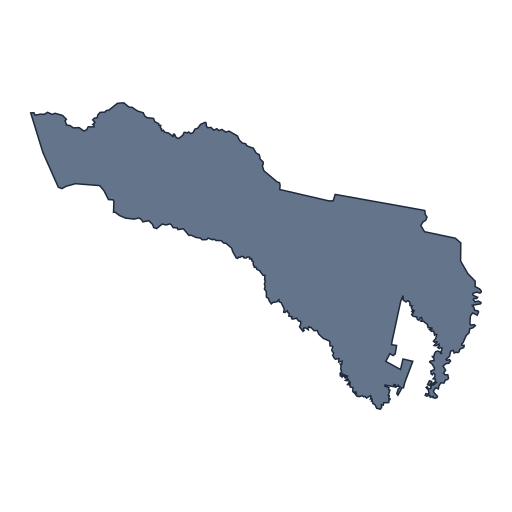 outline of Lules, Tucumán, Argentina
{"feature_id": "61730980B17356077685479", "entity_name": "Lules", "entity_type": "district", "adm_level": 2, "iso_a3": "ARG", "parent_name": "Argentina", "parent_adm1": "Tucumán", "projection": "mercator", "projection_center": [-65.336, -26.881], "detail": "fine", "context": "isolated", "style": "filled", "palette": "slate", "viewbox_px": 512, "rotation_deg": 0, "n_neighbors": 0, "source": "geoboundaries", "source_scale": "gbopen_adm2", "svg_char_len": 6100}
<svg xmlns="http://www.w3.org/2000/svg" viewBox="0 0 512 512"><path d="M108.5,199.6L113.0,199.8L113.9,201.3L113.5,212.3L115.0,212.1L119.3,215.4L125.4,218.1L134.1,219.1L139.0,218.0L141.5,219.6L142.8,221.9L148.8,220.7L152.7,224.6L153.6,227.5L156.7,228.6L162.2,224.0L165.9,225.0L169.8,223.9L171.2,224.6L173.2,227.7L177.0,227.8L177.9,229.6L183.4,228.8L188.9,235.4L191.5,235.3L195.8,237.4L200.3,238.1L202.3,239.8L206.7,239.6L208.1,238.1L212.5,239.8L214.0,239.1L216.0,240.5L221.3,240.6L223.5,243.0L226.2,243.4L231.7,248.2L232.6,251.4L236.3,258.0L237.7,258.4L238.4,257.2L240.2,257.4L241.2,256.4L243.4,256.6L244.0,257.9L246.3,258.0L247.4,256.9L249.6,257.2L249.6,259.0L251.6,258.7L251.8,260.8L253.4,262.0L253.1,263.7L253.5,265.5L254.4,266.1L254.2,267.2L256.2,267.5L256.8,269.3L259.5,270.6L263.1,275.4L265.0,275.4L264.6,279.8L265.3,281.3L264.4,283.9L265.1,286.5L264.4,289.1L266.3,291.5L266.4,297.1L268.7,298.7L269.0,300.6L271.3,303.9L272.6,302.6L277.2,301.7L278.9,299.8L279.3,301.8L281.2,302.7L284.3,309.0L283.6,312.1L284.8,312.5L287.4,310.8L288.0,312.7L289.3,313.3L288.8,316.1L292.0,316.8L291.6,318.7L292.9,319.1L296.6,318.2L298.5,321.0L300.6,321.4L300.7,324.2L299.5,326.8L303.0,331.4L304.1,330.5L303.4,329.0L304.0,328.0L305.6,327.9L308.3,329.7L308.0,328.1L308.8,326.8L310.0,327.6L310.9,327.3L314.1,330.7L317.3,330.5L318.7,334.1L323.3,338.4L329.7,341.2L330.0,345.9L332.1,346.0L332.8,346.8L331.7,350.3L333.7,353.3L332.7,355.3L334.5,358.5L335.5,359.2L338.9,358.5L338.7,362.0L342.2,361.2L341.6,364.1L340.2,364.0L341.1,366.0L340.7,368.8L341.6,371.7L340.1,373.3L340.3,375.9L340.9,376.1L341.1,374.5L342.0,373.7L343.5,374.4L341.9,376.3L342.1,377.1L344.2,374.9L346.7,375.9L344.3,376.5L345.2,378.0L347.2,376.5L346.8,379.4L345.4,380.3L347.2,380.8L348.2,379.4L349.4,381.9L347.5,384.6L349.0,384.8L350.1,383.2L350.1,387.0L353.0,387.6L352.7,391.3L353.5,392.4L355.8,391.8L356.2,393.1L354.9,392.4L354.7,393.3L357.0,396.2L359.2,396.6L362.3,395.7L363.8,396.8L365.1,396.5L366.5,398.1L370.5,395.6L371.1,396.8L370.4,399.0L371.6,398.5L372.2,399.2L371.4,401.1L372.3,401.2L372.9,403.5L375.0,404.7L376.7,408.3L380.4,409.2L381.7,407.2L381.3,404.9L383.2,405.2L383.7,402.8L388.7,402.6L389.1,400.2L390.0,399.5L390.0,398.8L388.8,398.7L389.3,395.7L388.3,395.4L389.9,390.1L388.5,389.5L389.0,387.6L384.8,386.2L385.1,385.0L393.8,386.7L394.0,384.5L395.3,384.7L395.1,386.9L395.9,387.2L397.9,385.3L398.1,386.3L399.6,386.3L400.2,387.2L398.2,389.1L396.8,393.7L397.9,395.2L402.0,387.8L403.5,387.8L404.7,382.7L412.8,361.3L403.0,359.0L400.5,369.5L385.8,361.4L389.9,353.7L393.1,355.6L395.2,354.0L396.6,345.5L391.6,344.7L391.9,342.1L400.7,301.3L403.1,295.6L403.2,300.0L406.0,302.0L407.9,300.6L409.9,302.4L409.9,305.4L412.3,305.9L411.2,307.1L412.2,309.4L414.2,310.7L413.6,311.7L412.5,310.7L411.7,311.3L413.1,313.2L411.6,314.4L412.8,316.1L416.8,317.1L417.3,319.2L418.5,320.1L419.8,319.9L420.2,317.8L421.3,317.4L422.3,319.3L421.0,321.2L423.4,321.3L427.4,324.4L428.0,327.5L431.9,328.0L431.9,329.1L429.4,329.4L431.5,331.4L433.6,331.2L434.6,335.2L436.0,334.2L436.8,334.7L435.6,338.8L433.4,341.2L434.4,342.2L436.7,341.6L437.1,342.2L434.0,345.5L435.8,345.8L439.0,344.1L439.3,345.6L437.7,347.4L439.2,348.6L441.0,347.5L442.2,348.3L441.1,351.4L441.5,353.4L440.7,353.5L440.0,352.0L437.9,351.0L435.7,351.6L434.2,354.3L434.1,356.3L432.4,356.5L434.0,358.8L434.1,360.5L430.2,361.1L429.6,362.0L432.2,364.2L434.5,368.1L434.2,369.6L430.8,371.1L431.2,373.9L432.4,374.8L433.7,373.1L435.0,374.5L434.9,376.6L433.1,378.8L435.5,379.2L435.1,381.6L436.6,382.4L435.6,383.1L433.8,382.8L434.5,384.3L433.5,384.9L431.6,382.8L431.6,381.4L429.4,380.8L427.6,384.6L429.9,385.6L430.8,383.5L431.8,383.6L431.9,385.2L430.7,386.9L431.1,388.3L428.6,388.9L427.1,386.6L426.1,387.6L428.1,389.5L429.0,392.7L428.2,394.1L425.9,393.6L425.2,395.3L426.8,396.2L429.8,395.2L430.3,397.3L432.9,396.5L432.9,397.5L435.2,398.2L437.1,397.5L437.5,396.3L434.4,393.1L433.5,391.5L433.9,390.1L435.8,387.8L438.4,388.9L438.9,385.8L440.9,382.8L443.9,383.1L445.4,380.1L447.6,379.5L448.5,378.3L447.8,374.7L445.1,374.8L443.6,373.1L445.6,370.2L443.1,366.1L445.7,363.7L448.8,363.3L450.5,361.0L449.5,359.6L446.8,360.4L446.1,359.4L449.5,356.4L450.7,351.2L453.3,350.4L454.1,353.0L456.3,352.2L457.9,352.6L459.1,351.7L459.8,349.2L463.8,347.5L464.2,345.4L461.8,345.2L461.7,343.8L463.1,342.6L466.2,335.5L469.0,332.9L469.8,328.7L472.7,327.9L475.3,325.8L474.4,324.7L470.6,325.0L469.9,323.3L470.4,316.1L472.6,312.9L477.2,315.2L478.6,311.9L477.8,310.8L474.7,310.3L473.9,307.4L472.3,305.3L480.4,303.9L481.0,303.2L480.9,302.4L478.4,301.1L475.0,301.8L473.3,299.5L473.9,298.5L476.7,298.6L477.6,297.3L473.3,295.4L472.7,294.5L473.2,293.2L476.9,292.2L479.9,293.1L481.1,292.3L481.3,291.0L479.6,288.9L475.1,286.6L475.2,281.2L467.9,273.7L460.6,261.0L460.8,242.9L455.3,238.2L424.5,231.7L420.8,225.5L423.0,222.0L425.7,220.3L427.0,217.2L425.3,214.4L424.8,210.5L335.2,194.4L333.1,200.9L328.9,200.9L279.7,189.5L280.1,185.3L279.5,182.7L277.1,181.9L263.9,170.8L262.3,165.7L263.2,164.3L263.2,162.0L260.3,159.3L259.3,154.8L256.1,153.0L253.3,148.1L248.6,146.6L246.6,145.4L245.6,143.7L242.4,143.1L239.4,140.2L237.4,135.9L229.0,131.1L225.8,132.1L221.9,129.4L218.9,130.6L216.9,128.7L213.8,130.2L211.0,127.4L207.6,127.7L206.4,126.0L206.2,123.1L205.2,122.3L200.5,124.4L197.8,128.2L194.9,129.1L193.2,132.5L190.8,133.6L188.7,132.0L187.5,132.8L184.2,132.3L182.8,135.2L178.9,138.4L176.3,137.7L174.4,134.1L173.3,134.3L173.7,136.0L173.0,136.5L168.6,133.0L164.6,132.2L163.4,130.2L161.9,130.7L161.2,129.6L161.6,128.9L160.3,127.5L160.7,125.4L158.9,125.3L158.7,123.7L154.8,121.7L153.5,118.4L146.8,117.6L144.5,115.6L143.3,112.8L137.3,110.9L132.1,107.3L129.0,107.1L123.8,102.8L117.4,103.3L109.1,110.0L106.4,110.5L104.8,112.1L100.0,112.4L97.9,114.8L97.1,117.7L94.3,118.2L92.7,119.9L95.0,122.4L92.7,124.5L94.0,125.1L94.1,126.8L88.2,126.8L86.7,129.7L83.9,131.0L79.1,127.6L73.4,127.9L69.9,125.5L66.7,125.1L65.1,120.8L66.4,119.3L62.5,115.4L55.0,113.3L52.2,114.4L47.5,112.3L44.2,114.4L40.6,114.1L35.1,115.2L33.9,112.7L30.7,112.9L42.9,152.5L58.3,187.2L61.9,188.6L66.1,186.3L75.4,183.7L99.6,185.6L103.8,190.4L108.5,199.6Z" fill="#64748b" stroke="#1e293b" stroke-width="1.5"/></svg>